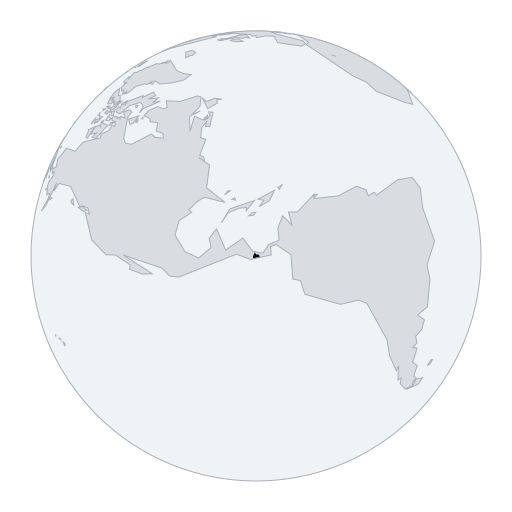 San José highlighted on a globe, orthographic projection, rotated 318°
{"feature_id": "CRI-1331", "entity_name": "San José", "entity_type": "Province", "adm_level": 1, "iso_a3": "CRI", "parent_name": "Costa Rica", "parent_adm1": "", "projection": "orthographic", "projection_center": [-83.994, 9.633], "detail": "fine", "context": "on_globe", "style": "filled", "palette": "ink", "viewbox_px": 512, "rotation_deg": 318, "n_neighbors": 0, "source": "natural_earth", "source_scale": "10m", "svg_char_len": 8761}
<svg xmlns="http://www.w3.org/2000/svg" viewBox="0 0 512 512"><g transform="rotate(318 256 256)"><circle cx="256" cy="256" r="225" fill="#eef3f6" stroke="#a8b0b8"/><path d="M278.6,261.0L273.2,258.6L268.1,265.4L249.5,254.8L242.6,241.5L184.6,220.0L178.4,213.2L178.1,202.2L158.0,166.5L167.0,199.8L159.4,193.2L153.1,181.3L156.6,178.4L152.3,161.3L145.4,154.8L144.7,134.2L158.1,109.5L160.3,113.4L163.3,107.6L160.6,102.8L158.2,101.1L164.8,80.2L158.2,70.3L149.1,72.6L156.6,68.4L134.6,77.5L126.6,78.9L140.0,74.2L144.8,71.5L141.4,70.4L145.6,67.4L146.4,65.5L151.6,62.3L159.1,60.6L162.6,58.7L160.0,58.2L163.7,55.2L166.9,56.2L173.6,51.3L187.3,49.2L191.6,57.1L203.6,55.7L219.5,64.1L222.4,61.7L230.3,64.3L236.5,62.6L237.7,65.3L241.7,61.8L239.4,59.7L240.4,57.6L243.9,56.7L246.0,59.7L244.6,60.6L247.0,61.1L246.6,63.1L248.7,61.6L250.9,65.8L253.9,60.4L260.0,62.8L260.0,66.0L253.2,67.2L236.5,80.0L234.4,84.8L238.3,89.8L259.9,95.3L260.4,100.5L266.0,106.4L268.9,102.5L265.5,96.5L272.1,91.3L267.1,85.4L269.1,82.7L266.7,76.7L274.4,76.3L283.1,79.3L285.5,84.5L289.4,86.3L293.1,80.6L303.2,90.5L319.7,97.9L321.6,101.0L314.5,107.3L299.6,108.3L290.4,119.2L303.7,111.1L308.1,120.2L311.9,121.5L315.9,120.8L317.2,117.1L320.2,120.4L308.2,128.9L305.2,126.0L309.1,123.1L302.1,124.0L294.0,131.1L296.8,135.8L281.6,143.5L283.4,147.2L281.1,151.4L279.2,144.7L282.4,157.2L264.9,172.3L268.8,195.4L257.0,177.8L247.8,176.1L237.0,176.8L237.4,180.6L222.5,178.2L209.7,186.4L206.1,205.0L212.0,219.2L228.5,219.5L233.0,211.4L244.8,209.5L237.4,231.3L258.2,233.9L256.7,250.2L262.9,258.5L273.1,256.0L283.8,259.6L290.9,249.8L302.6,244.1L303.4,257.3L309.5,245.0L316.3,251.0L339.3,249.0L337.7,252.2L357.2,266.3L377.3,271.4L382.0,280.5L379.7,286.6L386.4,287.6L386.5,291.5L412.3,294.2L424.6,301.9L423.6,315.2L412.0,332.0L398.6,364.5L377.1,377.0L369.7,389.6L349.5,408.4L336.7,408.1L338.4,416.2L329.6,421.6L320.8,422.5L317.6,428.3L311.0,428.8L314.2,432.2L301.3,439.8L302.5,445.3L292.6,451.0L293.6,454.0L290.6,454.0L286.9,455.3L285.9,457.0L277.7,454.4L277.7,447.4L282.4,443.6L278.5,443.1L288.5,433.0L283.6,435.2L288.4,419.7L297.3,406.1L306.7,365.5L302.7,357.4L286.3,348.3L266.7,317.2L272.6,303.9L268.0,297.7L282.9,278.4L278.6,261.0ZM53.7,195.2L55.2,190.1L55.4,193.5L53.7,195.2ZM55.3,186.9L54.9,188.6L55.1,187.1L55.3,186.9ZM54.9,185.7L55.2,186.6L54.7,186.1L54.9,185.7ZM54.1,184.9L54.6,185.1L54.5,185.3L54.1,184.9ZM268.2,203.5L292.0,213.8L279.0,215.8L281.4,213.6L275.3,209.1L264.0,205.3L252.4,208.1L268.2,203.5ZM53.6,182.0L53.6,181.1L54.2,180.8L53.6,182.0ZM277.7,190.1L273.6,189.4L277.5,189.2L277.7,190.1ZM156.4,101.0L160.1,103.1L161.0,108.9L157.4,107.4L156.4,101.0ZM155.3,91.2L158.3,90.9L154.7,96.3L154.1,94.7L155.3,91.2ZM141.7,75.5L143.9,76.0L140.3,76.6L141.7,75.5ZM145.5,65.8L143.6,66.7L144.8,65.4L145.5,65.8ZM262.7,77.5L264.7,77.2L264.1,78.4L262.7,77.5ZM259.8,75.4L257.7,77.2L256.0,76.5L257.3,75.4L259.8,75.4ZM154.0,59.5L156.6,57.4L155.2,59.1L154.0,59.5ZM262.8,73.5L253.3,75.1L250.3,73.9L252.9,69.0L262.8,73.5ZM158.9,56.0L165.1,51.7L161.2,53.1L175.6,47.3L165.6,52.5L164.5,54.2L162.4,54.4L158.9,56.0ZM237.2,59.5L239.8,61.7L234.4,60.9L237.2,59.5ZM233.5,59.6L215.6,61.3L213.6,58.1L220.0,57.9L214.7,55.0L222.5,52.5L227.1,53.6L226.9,56.0L230.1,53.3L233.5,59.6ZM182.5,45.1L185.1,44.1L183.8,44.9L182.5,45.1ZM240.4,56.7L237.0,57.2L234.9,54.3L241.4,53.0L240.0,54.3L240.4,56.7ZM209.5,55.7L209.1,53.7L215.4,51.0L216.0,49.9L222.5,52.2L209.5,55.7ZM242.2,54.5L244.8,52.5L248.9,53.1L243.6,56.2L242.2,54.5ZM231.7,54.3L231.0,53.0L233.5,53.2L231.7,54.3ZM265.0,54.8L260.9,54.9L259.5,53.4L265.0,54.8ZM245.4,51.7L244.0,51.6L243.0,51.1L245.5,50.0L245.4,51.7ZM226.4,50.4L229.1,49.8L224.1,49.2L228.5,47.6L232.1,49.6L232.4,48.0L233.8,47.5L235.1,49.8L226.4,50.4ZM245.0,47.6L250.9,50.2L258.8,50.1L260.3,51.3L247.4,51.4L245.0,47.6ZM239.1,48.6L243.0,48.2L242.9,49.8L240.0,51.0L239.1,48.6ZM230.3,45.9L222.6,47.9L222.1,47.4L230.3,45.9ZM247.3,47.2L245.8,46.6L247.8,47.0L247.3,47.2ZM235.6,45.8L232.9,46.5L232.4,45.9L235.6,45.8ZM245.0,45.1L246.9,45.8L245.1,46.6L245.0,45.1ZM240.7,45.2L240.7,44.3L243.2,46.4L239.6,45.5L240.7,45.2ZM235.5,45.2L234.4,45.1L236.7,45.0L235.5,45.2ZM251.0,42.1L254.7,44.7L250.5,46.2L247.5,43.5L251.0,42.1ZM290.7,459.8L278.1,455.5L285.5,457.4L292.2,454.6L298.3,457.9L290.7,459.8ZM309.9,452.1L316.8,450.2L317.9,451.0L313.5,452.5L309.9,452.1ZM414.9,96.3L412.0,93.7L416.7,98.4L419.8,101.4L424.8,106.8L416.8,99.3L420.3,105.7L434.9,127.6L434.8,131.6L430.2,130.5L414.8,111.8L416.6,105.1L411.2,99.5L402.2,93.8L403.5,92.6L400.1,89.8L399.9,87.5L391.3,78.9L389.8,76.6L378.2,68.6L375.9,66.6L383.4,71.7L387.9,74.4L383.4,70.2L383.2,70.0L399.6,82.5L414.9,96.3ZM361.6,57.0L362.3,57.4L353.9,53.2L345.4,49.3L343.2,48.4L357.0,55.0L362.0,57.6L365.6,59.3L379.8,68.0L383.1,70.7L370.1,63.2L373.4,66.6L361.8,60.3L331.7,44.6L323.3,41.2L324.7,41.4L343.5,48.4L361.6,57.0ZM193.9,39.5L190.2,40.6L184.3,42.4L177.5,45.2L178.1,45.1L182.1,43.7L175.6,47.3L161.2,53.1L160.5,52.9L152.0,57.3L151.5,56.7L147.2,58.8L148.0,58.3L162.8,50.9L178.1,44.6L193.9,39.5ZM480.6,238.3L480.7,239.6L479.8,232.8L479.6,234.0L474.0,248.2L469.1,240.9L455.6,214.1L454.3,200.5L448.5,186.9L434.9,132.5L438.3,132.5L434.8,119.4L435.4,120.0L442.7,130.1L443.7,131.4L452.2,145.3L459.7,159.8L466.1,174.8L471.5,190.3L475.7,206.1L478.7,222.1L480.6,238.3ZM446.9,157.2L449.0,161.3L446.9,157.2ZM340.0,248.8L342.9,251.2L339.2,251.5L340.0,248.8ZM277.5,221.3L282.4,221.4L285.1,223.3L281.4,224.1L277.5,221.3ZM318.1,219.7L323.6,220.5L318.0,221.9L318.1,219.7ZM295.7,215.2L313.7,219.5L302.8,223.9L291.4,221.4L299.1,219.9L295.7,215.2ZM275.9,197.7L279.1,198.6L278.3,201.0L275.9,197.7ZM280.5,190.0L279.4,190.3L277.7,188.4L280.5,190.0ZM308.8,119.6L309.8,119.1L314.1,119.1L312.4,120.8L308.8,119.6ZM331.1,111.2L335.5,116.7L331.2,113.6L329.7,116.5L318.8,114.2L321.9,102.5L322.4,108.0L331.1,111.2ZM305.1,108.8L311.7,111.0L304.4,109.1L305.1,108.8ZM381.2,78.8L383.9,79.5L388.1,83.0L389.9,87.8L383.8,82.6L381.2,78.8ZM386.9,79.8L373.5,72.1L371.8,69.4L375.0,72.1L375.3,71.1L380.5,75.3L392.0,81.0L396.4,84.6L397.3,90.4L394.6,86.2L392.0,85.5L386.9,79.8ZM342.1,63.3L336.3,61.6L340.3,57.7L345.3,59.8L347.4,64.3L342.7,64.4L342.1,63.3ZM269.2,65.2L266.7,66.0L266.1,64.9L267.7,63.5L269.2,65.2ZM263.2,55.0L279.4,61.2L277.4,62.2L289.4,65.5L288.7,69.7L281.0,67.3L289.4,73.3L282.1,72.9L288.5,76.9L271.3,71.2L265.2,71.5L272.3,69.4L273.1,65.4L271.6,63.8L262.7,59.8L249.8,59.3L248.6,55.9L251.1,53.7L254.0,53.2L253.9,55.4L257.8,53.3L259.9,56.3L263.2,55.0ZM281.4,37.8L280.1,39.1L288.4,38.2L290.5,40.0L291.4,39.8L295.6,41.4L302.2,43.1L302.1,44.0L304.7,44.3L307.6,45.6L311.1,46.6L312.3,48.6L316.7,50.0L314.7,50.2L322.0,52.2L317.1,51.7L320.4,53.8L323.4,53.2L321.2,65.2L324.1,71.7L329.1,77.7L320.1,76.9L309.6,71.2L299.7,63.9L298.2,58.2L294.4,59.3L292.6,57.0L296.4,57.1L289.5,55.6L289.0,53.9L280.2,49.5L270.5,49.2L267.0,47.9L270.6,47.1L264.7,46.4L269.0,44.3L266.6,43.4L268.6,40.8L276.8,40.5L273.5,39.6L274.8,38.0L281.4,37.8ZM251.8,41.4L261.1,39.8L266.9,40.2L261.1,44.7L262.7,45.7L259.2,49.3L251.0,48.8L252.7,47.8L252.5,46.7L255.2,47.3L252.9,46.0L255.2,44.7L254.0,43.5L257.4,43.2L251.8,41.4ZM433.0,116.6L432.1,115.5L431.8,115.2L433.0,116.6ZM426.0,109.4L425.2,108.1L430.3,113.8L430.5,114.5L426.0,109.4ZM420.4,102.9L424.8,107.6L422.6,105.4L420.4,102.9ZM382.2,70.5L380.8,69.3L382.4,70.2L385.1,72.2L382.2,70.5ZM306.4,38.1L304.8,38.2L303.3,37.8L296.3,37.0L294.2,36.0L297.6,36.1L306.4,38.1ZM303.0,36.9L300.3,36.6L300.9,36.3L303.0,36.9ZM292.3,35.3L292.2,34.9L293.1,35.8L292.3,35.3ZM259.2,30.7L256.0,30.7L254.2,30.7L259.2,30.7ZM281.5,32.5L285.2,32.9L284.7,33.0L281.5,32.5ZM183.6,44.3L185.0,44.1L182.4,44.9L183.6,44.3ZM211.8,35.1L208.7,35.8L208.1,35.9L211.7,35.1L211.8,35.1ZM213.9,34.7L213.6,34.8L213.7,34.7L213.9,34.7Z" fill="#d9dde1" stroke="#a8b0b8" stroke-width="1"/><path d="M255.7,254.7L255.8,254.7L255.9,254.4L255.9,254.2L255.7,254.0L255.9,253.9L256.0,253.9L256.3,253.8L256.2,254.0L256.3,254.2L256.3,254.3L256.5,254.4L256.5,254.5L256.4,254.7L256.3,254.8L256.2,254.8L255.9,255.0L256.0,255.1L255.9,255.3L255.7,255.4L255.7,255.5L255.8,255.5L256.0,255.5L256.3,255.8L256.5,255.9L256.6,256.0L256.8,256.2L257.0,256.2L257.0,256.3L257.3,256.3L257.4,256.2L257.5,256.3L258.0,256.6L258.1,257.0L258.1,257.3L257.9,257.5L258.0,257.7L258.0,257.8L258.0,258.0L257.9,258.2L257.7,258.2L257.3,257.9L257.2,257.8L257.2,257.7L256.9,257.6L256.7,257.5L256.6,257.4L256.6,257.2L256.4,257.1L256.4,256.9L256.2,256.9L255.9,256.8L255.9,256.7L255.7,256.5L255.7,256.4L255.4,256.2L255.2,256.1L254.9,256.0L254.6,256.0L254.4,256.0L254.5,256.1L254.4,256.1L254.3,256.3L254.3,256.2L254.2,256.2L254.0,256.3L253.9,256.2L253.7,255.8L253.7,255.7L253.8,255.5L253.9,255.4L253.7,255.3L253.8,255.2L254.0,255.0L254.1,254.9L254.4,254.9L254.5,254.8L254.8,254.9L255.0,254.8L255.2,254.7L255.3,254.7L255.4,254.8L255.5,254.7L255.7,254.7Z" fill="#0f172a" stroke="#020617" stroke-width="1.5"/></g></svg>